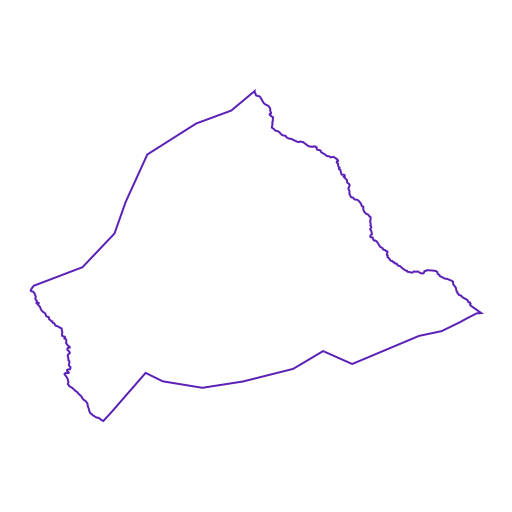 Rashaant, Bulgan, Mongolia (Natural Earth projection)
{"feature_id": "93677404B56820706932581", "entity_name": "Rashaant", "entity_type": "district", "adm_level": 2, "iso_a3": "MNG", "parent_name": "Mongolia", "parent_adm1": "Bulgan", "projection": "natural_earth1", "projection_center": [103.869, 47.423], "detail": "fine", "context": "isolated", "style": "outline", "palette": "violet", "viewbox_px": 512, "rotation_deg": 0, "n_neighbors": 0, "source": "geoboundaries", "source_scale": "gbopen_adm2", "svg_char_len": 5913}
<svg xmlns="http://www.w3.org/2000/svg" viewBox="0 0 512 512"><path d="M352.2,364.0L419.0,335.9L441.7,331.1L459.9,322.2L467.0,318.3L476.8,313.3L480.3,313.2L481.3,313.1L480.7,312.7L470.4,305.4L470.1,304.6L470.6,303.7L470.2,303.2L469.9,302.4L469.1,302.5L468.1,301.7L467.4,300.0L466.5,299.4L465.2,298.8L462.3,297.1L461.2,295.7L458.9,294.9L458.5,294.0L457.4,293.1L457.5,292.2L456.5,291.1L455.9,287.9L454.6,286.0L453.4,284.6L453.0,283.0L453.0,281.7L452.0,280.9L447.2,278.9L444.8,278.6L439.7,275.9L439.1,274.7L437.7,273.8L437.3,272.1L436.1,271.1L432.5,270.5L426.8,270.2L425.9,270.9L424.4,271.2L424.0,272.7L422.9,273.5L420.7,273.2L417.6,271.4L415.9,271.8L414.1,271.4L413.3,271.9L412.4,272.6L411.3,272.6L410.1,272.2L407.4,271.7L407.0,270.8L405.6,270.5L403.0,268.8L400.0,266.1L398.7,265.8L397.6,265.3L397.2,264.2L396.8,263.8L395.5,263.6L394.5,263.1L394.5,262.5L393.0,262.0L392.4,261.1L391.3,260.9L390.3,260.3L389.9,259.6L388.7,258.0L387.5,257.1L387.7,255.9L387.7,255.3L386.9,254.9L386.9,253.8L387.3,252.8L387.5,251.8L387.2,251.3L385.9,251.0L385.5,250.5L384.8,250.0L383.2,249.6L382.8,248.4L380.2,246.8L378.5,244.3L377.9,243.0L376.4,241.2L375.2,240.5L374.6,240.7L373.8,240.4L372.9,238.6L372.7,237.5L371.5,237.4L370.7,237.2L370.3,236.4L370.4,235.6L371.0,234.9L371.8,234.4L371.9,233.7L371.5,231.9L371.2,230.8L370.8,230.1L370.2,229.5L370.2,228.7L370.8,228.1L371.2,227.6L371.1,226.2L370.4,225.4L370.7,224.3L370.5,223.1L370.4,222.3L370.1,221.6L370.1,220.9L370.5,220.3L370.5,219.5L370.7,217.9L370.4,216.9L369.5,216.5L369.0,215.7L368.0,214.5L365.9,213.6L364.2,211.6L363.4,210.0L363.3,208.8L363.3,206.7L362.2,206.3L361.5,205.5L361.3,204.3L360.4,202.9L358.8,201.0L357.5,199.9L356.4,199.6L355.3,199.6L354.4,199.3L353.9,198.8L353.5,198.0L353.1,197.6L351.7,197.4L350.9,197.0L350.5,196.0L349.5,194.1L349.4,193.3L349.5,192.4L349.5,191.7L349.3,190.9L348.9,189.7L348.4,188.8L348.5,188.0L349.4,186.0L349.6,184.9L349.2,184.3L348.6,183.6L347.7,183.0L347.4,182.7L347.1,182.2L347.1,181.1L346.9,180.2L346.4,179.4L344.3,177.5L344.0,177.0L344.7,177.0L344.8,176.3L344.6,175.2L344.3,174.9L343.9,174.7L342.3,174.8L341.6,174.5L341.0,172.6L340.4,170.0L340.0,169.7L339.3,169.3L339.0,169.0L338.9,168.6L339.1,168.2L339.5,168.0L339.6,167.8L338.8,167.0L338.4,166.3L338.0,164.7L338.1,164.2L338.1,163.8L337.1,162.9L336.8,162.4L336.7,162.0L336.8,161.6L337.2,161.4L337.7,161.3L338.0,161.1L338.1,160.5L337.1,159.5L336.9,159.0L335.4,158.2L334.1,157.1L333.3,156.9L331.8,157.1L331.1,157.3L330.4,157.3L329.4,156.4L328.7,156.2L327.7,156.2L326.9,156.0L326.1,155.4L325.3,154.6L324.3,154.1L323.8,153.7L322.4,153.0L320.8,151.8L320.6,150.6L319.7,150.1L318.4,150.0L317.4,149.7L316.9,149.4L316.7,148.6L316.7,147.7L316.7,147.4L316.0,147.2L315.5,146.9L315.4,146.5L314.6,146.6L313.8,146.3L312.4,146.9L311.2,146.7L310.6,146.4L309.5,146.5L308.4,146.1L303.2,142.2L302.7,142.0L302.1,142.0L301.5,141.9L300.6,141.5L299.8,141.6L299.1,142.0L298.4,142.1L296.7,141.5L292.8,139.7L291.8,139.1L291.3,138.9L289.2,138.6L288.5,138.4L287.8,138.1L287.0,137.6L286.4,137.1L285.8,136.1L285.2,135.7L284.3,135.7L282.6,135.2L281.9,134.9L281.1,134.2L279.3,132.1L277.7,131.2L276.0,130.8L275.2,130.4L273.5,128.7L271.9,127.7L271.8,127.1L272.2,125.5L272.5,124.5L272.5,123.8L272.2,122.6L272.4,122.2L272.8,121.6L272.8,120.0L273.1,117.4L271.3,116.2L270.3,115.3L269.7,114.7L269.7,114.1L269.9,113.9L270.4,113.9L271.0,113.5L271.1,113.0L270.5,111.5L270.2,110.6L270.3,109.2L269.5,107.3L268.5,106.1L267.5,105.4L265.5,104.5L264.7,104.0L264.0,103.3L263.1,102.1L260.3,97.1L259.6,96.4L257.1,95.8L256.1,95.4L255.8,94.7L255.4,93.3L254.7,92.8L254.7,92.0L254.7,91.0L231.2,110.6L196.2,123.5L147.3,154.5L125.6,202.1L114.5,233.5L82.5,267.2L33.9,285.7L32.5,287.3L31.5,288.8L31.2,289.6L30.7,290.0L30.8,290.7L31.0,291.1L31.4,291.3L32.6,291.5L33.2,291.9L33.7,292.3L34.5,293.4L35.7,296.4L35.7,297.3L35.3,298.4L35.4,298.9L35.6,299.5L35.9,299.8L37.0,301.2L36.5,302.7L36.5,303.2L36.7,303.5L37.1,303.6L38.1,302.9L38.4,302.9L38.7,303.0L38.6,303.4L38.3,303.6L38.1,303.9L38.0,304.2L38.0,304.5L38.9,305.7L39.9,306.7L40.3,307.6L40.6,308.6L41.2,309.7L41.5,310.3L42.3,311.3L43.3,312.1L44.5,312.8L45.0,313.3L45.4,313.9L45.7,314.5L46.0,315.4L46.3,316.2L46.9,316.6L47.7,316.8L48.5,316.9L48.8,317.2L49.0,318.9L49.3,319.4L49.7,319.7L50.1,319.9L50.6,320.3L51.3,321.1L52.4,321.4L52.6,322.1L52.6,322.6L52.9,322.8L53.8,323.1L54.2,323.4L54.6,323.9L55.1,325.1L55.4,325.5L55.7,325.7L57.9,326.4L58.6,326.7L59.1,327.3L59.6,327.6L60.5,327.8L61.6,328.5L61.8,329.4L61.9,330.6L62.3,331.8L62.3,332.8L61.9,334.4L62.1,335.8L64.1,336.5L65.0,336.9L65.1,337.2L65.1,337.5L64.4,337.9L64.3,338.2L64.4,338.5L64.6,338.6L65.9,339.2L66.3,339.8L66.3,340.9L66.1,342.3L66.1,342.9L67.0,344.4L67.6,345.2L68.1,345.7L68.9,346.3L69.5,346.8L69.7,347.2L69.7,347.6L68.4,347.8L67.8,348.1L67.4,348.8L67.3,349.4L67.5,349.9L67.9,350.4L68.6,350.8L69.0,351.3L69.5,352.0L69.8,352.5L69.8,352.9L69.5,353.3L68.1,354.6L67.8,355.1L67.7,355.7L68.2,357.9L68.5,358.7L68.5,359.2L68.3,359.9L68.4,360.3L69.2,361.0L69.4,361.4L69.5,361.8L69.2,363.2L68.9,364.2L68.9,365.0L69.1,365.5L69.6,366.4L70.3,366.8L70.4,367.4L70.5,367.9L70.0,369.2L69.5,369.4L68.5,369.4L67.6,369.6L67.1,369.9L67.0,370.3L67.1,370.7L67.3,371.1L67.7,371.6L68.4,372.1L68.8,372.8L68.7,373.0L65.4,373.1L64.7,373.6L64.5,374.2L65.0,374.9L65.5,375.4L66.7,377.3L67.4,378.5L67.8,379.3L67.9,380.2L68.4,381.8L68.4,382.4L67.8,383.9L68.0,384.2L68.7,385.0L68.8,385.6L69.0,386.0L72.4,388.0L73.1,388.6L75.4,390.9L76.2,391.4L77.3,392.2L78.4,393.6L79.9,395.0L80.1,395.3L80.6,395.6L82.0,397.3L82.2,398.0L82.8,398.8L83.2,399.3L83.7,399.8L85.3,400.8L86.2,401.7L86.4,402.1L86.8,402.5L87.3,403.4L87.6,404.3L87.7,405.7L88.9,409.2L89.1,410.2L89.3,411.2L89.6,411.8L90.0,412.4L90.6,413.5L91.7,414.1L92.6,415.1L95.1,416.7L96.3,417.4L97.1,417.6L98.1,417.9L98.6,417.8L99.1,418.2L99.8,418.7L101.4,420.0L103.3,421.0L110.7,413.0L145.6,372.9L162.7,381.3L202.4,387.8L242.9,381.5L293.1,368.9L323.1,351.1L352.2,364.0Z" fill="none" stroke="#5b21b6" stroke-width="2"/></svg>